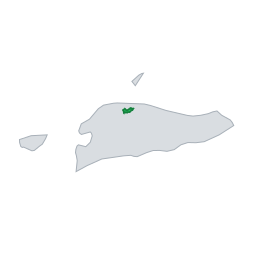 Laulara, Aileu, East Timor (highlighted), rotated 17°
{"feature_id": "22284137B18374352558819", "entity_name": "Laulara", "entity_type": "district", "adm_level": 2, "iso_a3": "TLS", "parent_name": "East Timor", "parent_adm1": "Aileu", "projection": "equal_earth", "projection_center": [125.578, -8.625], "detail": "fine", "context": "in_parent", "style": "filled", "palette": "green", "viewbox_px": 256, "rotation_deg": 17, "n_neighbors": 0, "source": "geoboundaries", "source_scale": "gbopen_adm2", "svg_char_len": 2895}
<svg xmlns="http://www.w3.org/2000/svg" viewBox="0 0 256 256"><g transform="rotate(17 128 128)"><path d="M91.1,184.9L89.0,174.1L86.7,169.5L85.0,166.9L84.4,163.6L84.5,160.2L85.5,158.6L93.1,158.2L96.1,152.7L96.1,146.0L94.6,143.7L93.1,142.8L85.3,147.8L83.0,146.9L81.7,145.1L82.1,137.7L88.6,130.8L94.0,118.2L97.9,113.3L106.8,108.6L110.4,107.2L136.5,100.3L142.7,99.9L159.2,100.1L181.2,98.6L186.7,97.6L193.8,94.6L200.6,90.8L204.3,87.8L208.1,85.7L213.8,88.4L223.4,90.4L226.0,92.2L228.4,94.7L217.2,107.9L204.9,118.8L197.3,122.2L189.5,124.4L183.5,128.6L178.5,135.2L172.1,138.9L164.8,140.2L158.6,142.2L153.0,146.1L145.2,152.7L142.0,153.4L138.7,153.3L132.2,155.8L112.0,165.3L99.9,175.9L91.1,184.9ZM27.6,170.8L37.6,163.7L52.7,158.2L52.3,162.2L50.8,168.5L48.5,171.5L45.0,176.8L42.8,177.9L33.7,176.8L32.5,177.5L30.9,177.0L28.6,173.6L27.6,170.8ZM126.7,71.1L122.6,85.4L118.1,82.3L122.9,74.3L125.2,71.9L126.7,71.1Z" fill="#d9dde1" stroke="#a8b0b8" stroke-width="1"/><path d="M125.6,111.7L125.7,111.4L125.7,111.2L125.8,110.8L125.9,110.5L126.0,110.4L126.1,110.2L126.5,110.0L126.7,109.9L126.9,109.7L127.0,109.7L127.1,109.4L127.1,109.2L127.3,109.0L127.3,108.9L127.3,108.7L127.4,108.4L127.4,108.2L127.4,107.9L127.5,107.7L127.4,107.7L127.2,107.7L127.2,107.8L127.2,108.0L127.0,108.3L126.9,108.3L126.9,108.5L126.7,108.7L126.6,108.8L126.1,108.6L125.9,108.5L125.9,108.4L125.7,108.3L125.7,108.2L125.4,108.0L125.2,108.0L125.1,107.9L124.9,107.9L124.8,108.0L124.7,108.0L124.4,108.2L124.2,108.3L124.1,108.7L124.3,108.9L124.3,109.0L124.4,109.3L124.2,109.4L123.9,109.4L123.8,109.5L123.6,109.5L123.4,109.6L123.2,109.7L123.2,109.9L123.2,110.0L123.1,110.3L122.9,110.4L122.9,110.5L122.7,110.7L122.7,110.8L122.5,111.0L122.4,111.0L122.2,111.1L122.2,111.3L121.9,111.3L121.9,111.2L121.8,111.3L121.7,111.3L121.8,111.4L121.8,111.5L121.7,111.5L121.4,111.5L121.3,111.4L121.2,111.3L121.0,111.2L120.9,111.2L120.9,111.3L120.8,111.2L120.7,111.1L120.4,111.2L120.3,110.9L120.1,110.8L120.0,110.7L119.9,110.6L119.7,110.5L119.4,110.4L119.4,110.5L119.2,110.7L119.2,110.8L119.0,111.0L118.9,111.0L118.7,111.2L118.6,111.3L118.5,111.5L118.5,111.8L118.6,112.0L118.4,112.2L118.2,112.2L117.9,112.2L117.9,112.3L117.9,112.5L118.0,112.6L118.3,112.7L118.3,112.8L118.4,113.0L118.5,113.0L118.8,113.1L119.0,113.2L119.1,113.3L119.1,113.5L119.2,113.8L119.2,114.0L119.3,114.1L119.3,114.3L119.4,114.5L119.5,114.6L119.6,115.0L119.8,115.1L119.8,114.8L119.9,114.7L120.0,114.6L120.0,114.4L120.2,114.2L120.3,114.0L120.3,113.9L120.5,113.8L120.5,113.7L120.8,113.6L121.0,113.7L121.1,113.8L121.3,113.9L121.4,114.0L121.5,114.1L121.8,113.9L122.0,113.6L122.5,113.6L122.9,113.6L123.0,113.3L123.0,113.2L123.3,113.0L123.3,112.9L123.5,112.9L123.7,112.7L123.8,112.7L124.0,112.5L124.1,112.4L124.2,112.5L124.3,112.5L124.5,112.5L124.6,112.4L124.8,112.4L124.8,112.2L125.0,112.0L125.0,111.9L125.3,111.9L125.5,111.8L125.6,111.7Z" fill="#22c55e" stroke="#15803d" stroke-width="1.5"/></g></svg>